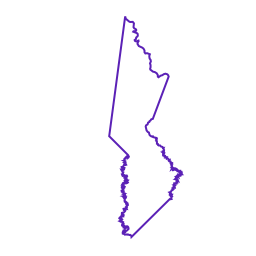 La Chorrera, Amazonas, Colombia (orthographic projection), rotated 45°
{"feature_id": "7082276B17181319735962", "entity_name": "La Chorrera", "entity_type": "district", "adm_level": 2, "iso_a3": "COL", "parent_name": "Colombia", "parent_adm1": "Amazonas", "projection": "orthographic", "projection_center": [-72.317, -1.283], "detail": "fine", "context": "isolated", "style": "outline", "palette": "violet", "viewbox_px": 256, "rotation_deg": 45, "n_neighbors": 0, "source": "geoboundaries", "source_scale": "gbopen_adm2", "svg_char_len": 6067}
<svg xmlns="http://www.w3.org/2000/svg" viewBox="0 0 256 256"><g transform="rotate(45 128 128)"><path d="M207.5,202.6L207.8,148.7L208.3,148.5L208.9,147.6L208.4,147.5L208.4,147.0L207.7,146.4L207.6,145.4L207.0,145.6L207.2,144.8L206.8,145.4L206.5,144.6L206.1,145.4L204.8,145.8L204.5,145.4L205.0,145.0L205.1,144.0L202.8,144.2L203.5,142.8L202.9,141.4L203.4,140.5L203.0,140.2L203.2,139.5L202.5,139.3L203.1,138.8L202.3,138.3L203.4,137.1L203.1,136.9L202.5,137.5L202.3,137.1L201.7,137.2L201.3,136.7L201.6,135.9L200.9,136.0L201.4,135.3L200.3,135.3L199.9,134.6L200.3,134.5L200.3,133.8L201.4,133.2L200.8,132.6L200.8,132.2L201.3,132.2L201.1,131.8L200.1,131.6L199.6,130.9L200.9,130.9L200.4,130.3L199.6,130.2L199.6,129.9L200.2,129.8L199.7,129.6L199.3,130.1L198.7,129.6L198.5,130.4L197.9,130.7L198.4,129.6L197.3,129.9L197.2,128.8L196.3,128.7L196.7,128.0L197.5,128.4L197.2,128.0L197.6,128.0L197.6,127.3L198.0,127.2L197.5,127.0L196.4,127.4L196.4,126.9L196.7,126.9L196.8,126.5L196.4,125.7L197.0,125.7L197.3,126.3L197.6,125.8L197.0,125.4L197.0,124.9L197.6,124.8L197.8,125.4L198.4,125.3L198.6,124.8L197.7,124.1L198.0,123.9L198.4,124.5L198.8,124.4L198.4,123.3L198.9,122.7L198.2,122.7L197.9,122.3L197.6,122.7L197.8,121.7L197.3,121.4L197.2,121.9L196.7,122.1L196.9,122.6L196.0,122.8L196.3,121.7L195.5,121.3L195.2,122.7L194.4,122.3L193.9,123.3L193.4,123.7L192.9,123.5L193.1,123.1L192.9,122.6L191.6,122.6L191.5,122.9L192.0,123.1L191.8,123.3L191.2,122.8L190.2,122.9L189.7,123.3L190.5,124.3L190.2,124.4L189.9,125.4L189.1,125.1L189.1,125.9L188.7,125.7L188.8,125.2L188.0,125.3L187.9,126.0L187.7,125.5L188.0,125.0L187.1,125.2L187.4,124.5L186.5,124.7L186.0,124.3L186.4,124.0L185.9,123.6L184.6,123.5L184.7,122.4L183.8,122.5L184.3,121.9L184.0,121.5L182.7,122.1L181.7,121.6L180.5,122.4L179.7,122.3L179.5,121.9L180.1,121.4L179.9,121.0L179.5,121.5L177.5,121.4L177.1,122.3L176.2,121.6L175.7,122.1L175.7,121.5L175.1,122.0L174.6,121.8L174.3,122.1L174.0,121.7L173.7,122.1L173.4,121.8L172.7,122.3L172.6,122.0L172.1,122.0L171.8,121.2L171.5,121.9L170.2,120.6L169.7,120.7L170.2,120.0L169.5,119.9L169.8,119.5L169.3,119.4L169.6,118.7L169.2,118.2L168.8,118.3L168.2,117.6L167.3,117.4L167.2,117.0L166.8,117.5L165.8,117.0L164.3,117.8L162.9,117.7L162.0,118.7L161.2,118.8L160.6,118.2L159.6,118.7L158.1,117.2L157.3,117.2L157.0,116.7L156.6,116.7L156.7,116.2L155.7,115.9L155.9,115.1L155.3,114.8L152.2,116.7L151.5,116.3L150.6,117.4L148.9,117.7L148.0,117.6L146.0,116.4L144.8,116.8L142.9,116.6L139.5,114.5L138.9,113.4L139.3,111.6L138.4,110.0L138.8,108.6L138.4,108.0L138.6,106.8L138.3,105.3L139.1,104.0L120.4,62.9L119.1,62.3L117.9,62.2L116.1,63.1L115.3,64.5L114.9,66.5L114.1,67.9L113.7,70.5L112.8,70.6L111.6,69.5L109.6,69.0L107.4,69.5L105.8,70.5L102.5,70.9L101.8,70.5L101.0,69.1L99.4,67.5L97.9,66.8L97.1,64.8L95.9,63.9L94.2,63.6L92.8,62.6L92.1,62.0L91.3,60.4L88.6,61.6L87.6,63.0L86.2,62.8L84.8,61.5L82.8,60.9L81.2,61.1L77.7,62.4L75.2,61.8L74.2,60.1L74.1,59.1L73.6,58.8L72.6,61.0L71.2,61.5L70.5,61.1L70.7,59.5L69.8,58.2L69.9,56.4L69.4,55.5L68.2,54.6L67.3,54.6L63.6,56.2L63.5,55.7L64.9,54.0L64.6,52.9L64.0,52.6L61.9,53.1L60.6,52.8L58.2,49.8L56.3,49.6L54.6,51.5L53.6,51.9L49.2,52.3L47.1,51.1L120.5,147.1L147.2,147.1L148.9,147.7L149.0,148.1L148.4,147.9L147.8,148.6L148.4,148.8L148.5,149.2L147.3,148.3L147.2,149.5L147.5,150.3L147.2,150.6L147.3,151.4L147.7,151.6L147.4,152.7L148.7,153.4L148.3,154.0L149.6,153.5L149.8,154.1L149.2,153.7L149.1,154.2L150.0,154.4L149.8,155.1L150.3,154.9L150.3,153.4L150.9,154.7L152.7,155.3L152.0,156.6L151.2,156.8L152.1,159.8L151.4,159.6L151.1,160.1L151.6,160.4L153.7,158.8L154.5,160.1L154.4,160.9L152.7,162.2L155.2,162.9L156.0,162.6L156.4,163.4L156.2,164.3L156.6,163.8L156.9,164.1L156.4,165.0L157.2,165.4L157.6,165.5L157.6,164.9L158.1,165.4L158.6,164.1L159.1,164.0L159.2,164.7L160.7,165.8L161.2,165.3L160.1,163.8L161.4,163.8L160.4,162.9L160.7,162.5L161.5,162.7L162.5,166.4L163.1,165.4L164.5,166.1L164.2,165.5L164.9,165.1L165.0,166.8L164.6,167.0L164.2,166.4L164.1,167.0L165.7,167.6L166.1,166.6L166.4,166.6L166.4,167.2L165.8,168.5L165.3,168.6L165.0,169.1L164.7,169.0L164.8,168.3L164.3,169.0L163.8,168.5L164.1,170.0L163.5,170.2L163.4,170.7L163.7,171.4L164.4,171.1L164.1,171.9L164.9,171.9L164.5,172.5L165.4,173.0L165.0,173.5L165.8,173.7L165.9,174.6L166.9,174.6L166.1,173.9L166.7,173.2L167.3,173.4L166.8,172.9L167.2,172.5L167.0,172.0L167.2,171.9L167.7,172.9L167.5,173.8L167.8,174.7L168.4,174.9L167.7,176.8L168.7,177.5L169.4,177.1L169.1,176.6L169.8,176.5L170.1,176.1L170.6,176.6L170.6,177.1L171.7,177.5L171.6,177.0L172.0,176.8L171.5,178.1L172.1,177.9L172.3,176.9L173.3,177.5L172.5,178.3L172.8,179.0L173.4,178.7L172.8,179.7L173.6,179.3L173.7,180.2L174.7,180.4L175.3,179.8L175.2,179.2L174.3,178.7L175.2,178.3L175.8,178.7L175.7,180.1L176.5,181.2L177.3,180.9L176.7,181.6L177.1,182.0L177.8,182.4L178.3,181.7L179.6,181.6L179.6,182.2L180.5,182.2L180.3,183.0L181.1,183.3L181.5,183.0L181.6,182.0L182.4,182.5L182.4,184.4L183.0,184.7L182.6,185.3L184.2,186.0L182.9,186.7L182.0,188.3L182.8,188.8L183.1,188.0L183.4,187.9L184.0,188.4L183.9,189.0L184.2,188.5L184.0,187.8L184.3,187.8L184.7,188.7L184.8,190.4L183.7,192.3L184.9,193.7L185.5,193.9L185.8,193.3L186.3,193.2L185.6,192.7L186.1,192.4L186.6,192.7L186.9,193.7L186.8,194.1L186.1,194.0L185.5,194.4L185.7,194.9L186.4,194.9L186.1,195.3L185.5,195.1L185.6,196.5L185.1,196.7L186.1,196.7L185.5,197.3L185.7,198.0L186.1,198.0L186.7,197.1L187.4,198.0L187.8,197.1L188.6,196.9L188.8,198.1L188.3,198.6L187.9,199.8L189.4,199.3L189.7,198.7L190.3,198.6L189.8,198.0L190.6,198.5L191.1,198.1L191.6,198.9L192.1,198.6L192.5,198.7L193.0,199.9L192.3,199.9L192.0,200.3L192.8,201.2L193.9,200.9L194.5,199.7L195.0,199.7L195.1,200.5L194.8,201.2L195.1,201.5L195.5,201.2L195.6,200.1L196.2,200.3L196.9,201.5L197.2,201.4L196.8,198.9L197.1,198.7L197.6,199.3L197.8,198.9L197.5,198.3L197.0,198.1L197.2,197.9L198.1,197.9L199.3,198.5L199.8,199.1L199.7,201.7L198.9,202.5L199.7,203.5L198.7,204.5L197.9,203.3L197.3,203.7L198.0,205.5L199.0,206.4L200.4,205.6L201.3,205.6L201.7,204.7L202.9,204.0L203.1,203.3L204.7,202.7L205.2,202.0L206.5,201.8L207.5,202.6Z" fill="none" stroke="#5b21b6" stroke-width="2"/></g></svg>